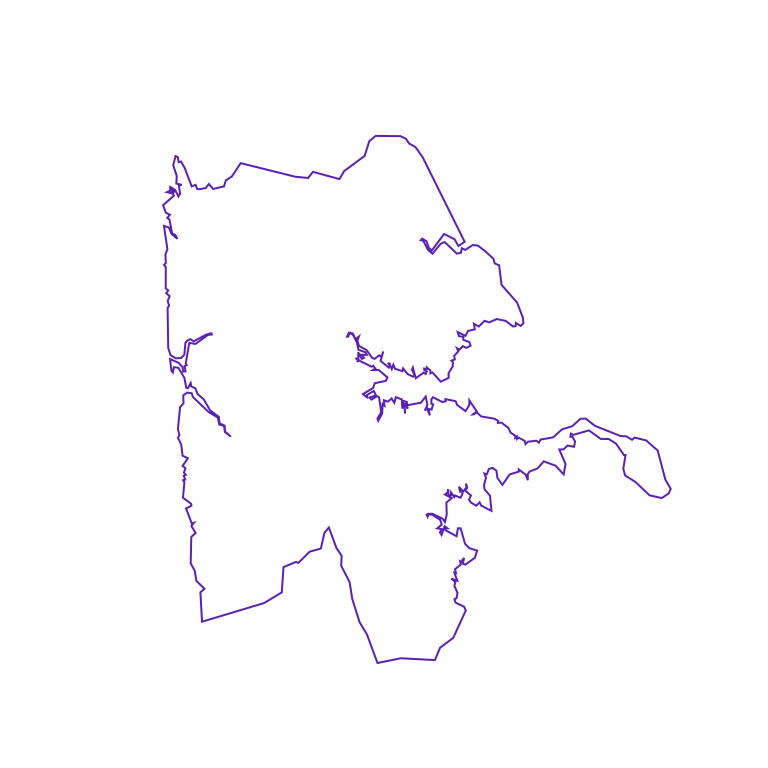 the district of Chake Chake, Kusini-Pemba, United Republic of Tanzania, rotated 163°
{"feature_id": "72390352B74660811526984", "entity_name": "Chake Chake", "entity_type": "district", "adm_level": 2, "iso_a3": "TZA", "parent_name": "United Republic of Tanzania", "parent_adm1": "Kusini-Pemba", "projection": "equal_earth", "projection_center": [39.751, -5.247], "detail": "fine", "context": "isolated", "style": "outline", "palette": "violet", "viewbox_px": 768, "rotation_deg": 163, "n_neighbors": 0, "source": "geoboundaries", "source_scale": "gbopen_adm2", "svg_char_len": 6166}
<svg xmlns="http://www.w3.org/2000/svg" viewBox="0 0 768 768"><g transform="rotate(163 384 384)"><path d="M372.0,143.5L372.5,147.6L379.5,154.0L379.5,157.6L377.3,157.9L374.8,162.7L375.7,170.5L373.6,173.9L376.6,178.2L371.4,174.5L371.9,183.0L370.4,182.0L370.3,186.1L363.4,188.9L363.0,192.4L361.0,190.7L360.5,192.8L358.3,194.2L361.1,189.1L358.9,187.5L348.0,191.2L343.6,197.4L350.3,202.0L353.2,207.5L352.9,223.5L355.5,224.4L359.1,217.2L367.8,226.0L367.9,227.9L365.5,227.4L367.6,230.2L373.1,222.8L373.9,225.9L370.9,228.2L375.3,230.4L369.9,232.6L370.0,237.7L376.2,245.0L379.7,246.3L381.1,244.3L381.4,246.5L379.7,247.0L375.5,245.6L367.3,238.0L366.1,234.2L362.2,240.8L359.0,252.4L352.6,255.1L358.0,260.5L354.5,262.0L353.7,264.8L354.7,259.2L352.3,257.9L351.7,260.9L349.8,255.4L348.7,256.6L344.1,252.9L340.9,256.1L340.9,258.8L342.7,258.8L342.4,263.8L339.7,258.1L335.5,260.8L334.7,264.9L334.7,260.5L337.5,258.3L333.4,252.0L336.5,248.5L335.7,245.4L331.3,240.6L327.2,242.9L326.5,239.2L318.3,231.2L315.3,246.3L318.6,253.7L318.0,257.9L313.8,264.8L314.2,269.0L312.1,267.6L308.6,272.0L304.9,272.1L301.8,268.3L303.0,261.1L300.3,252.9L290.3,260.8L280.7,260.8L280.1,262.9L275.0,255.8L274.6,249.9L272.9,255.8L270.4,257.7L261.8,258.4L253.8,263.3L243.9,255.8L238.6,245.0L233.8,254.4L235.5,270.1L231.3,269.0L226.5,271.5L220.6,268.4L218.1,273.1L219.2,278.2L221.2,279.1L219.7,281.9L218.1,280.0L201.6,279.7L192.8,268.1L185.2,265.7L179.6,259.3L175.3,245.9L173.8,245.5L180.0,232.8L180.1,226.0L172.2,216.8L162.6,199.9L151.7,193.7L143.7,196.1L140.5,199.9L142.9,210.5L141.7,240.3L149.8,253.4L160.0,259.5L163.1,258.1L167.6,263.1L172.9,265.0L194.5,282.3L201.3,292.0L206.3,293.3L216.3,288.6L227.0,288.6L237.9,283.5L250.4,285.1L253.0,282.6L255.0,285.3L263.3,286.7L266.2,285.1L266.1,288.5L270.9,293.3L272.9,292.5L272.3,294.9L274.3,294.2L273.4,296.0L277.1,300.4L277.9,305.7L283.0,312.8L286.5,313.5L285.7,315.4L288.6,318.5L300.7,324.7L303.6,329.9L306.8,328.7L307.8,328.9L303.3,330.7L307.2,343.4L308.6,338.9L314.0,334.2L320.2,342.6L320.5,346.6L329.7,351.6L330.1,349.4L333.4,349.6L341.0,357.0L343.1,355.6L344.5,351.4L343.0,350.1L346.0,345.6L348.6,347.1L349.4,340.6L349.8,348.0L352.7,346.7L348.6,351.4L347.8,359.8L354.2,355.3L367.9,356.9L368.8,353.3L368.9,356.6L370.6,356.9L372.5,349.6L370.5,359.3L367.9,358.0L367.4,360.2L370.6,362.3L373.7,355.0L371.5,364.1L376.5,367.9L379.7,363.0L381.0,368.0L385.3,365.9L388.8,368.5L389.9,363.2L391.1,365.3L394.4,356.3L400.3,350.5L400.4,352.8L394.9,357.8L392.6,372.8L394.2,374.4L400.5,372.7L402.0,375.3L395.0,375.5L395.8,380.4L403.3,378.5L404.2,376.3L407.1,380.5L395.6,383.4L392.6,387.4L381.2,386.5L378.8,389.3L385.0,399.0L390.6,400.6L387.8,401.4L389.0,404.6L391.0,404.3L400.7,413.6L403.3,413.2L401.6,414.5L403.8,417.1L401.3,415.0L399.4,421.9L398.0,414.6L395.5,414.8L396.7,418.5L391.9,416.9L392.4,419.7L398.4,424.2L397.7,431.5L399.4,440.5L402.1,442.7L404.3,439.8L405.5,440.1L402.4,443.4L399.0,441.4L398.2,435.0L394.2,436.7L396.8,433.3L396.8,427.7L390.7,421.5L387.8,412.6L385.7,410.8L380.1,412.8L378.6,410.5L375.2,415.4L380.5,407.0L374.6,398.3L372.9,400.7L374.3,402.9L372.7,402.0L372.2,396.1L369.4,399.8L369.0,395.3L362.6,390.9L361.2,393.4L358.5,386.6L354.1,382.5L352.1,383.2L353.1,389.6L351.6,391.3L351.9,380.2L342.9,383.3L341.2,381.4L339.5,383.4L341.4,385.5L341.1,387.0L338.6,385.7L338.2,387.3L335.7,383.5L336.5,380.6L334.3,380.9L329.0,369.6L320.3,371.0L319.2,375.3L313.3,380.6L311.7,384.6L312.7,386.6L309.1,386.8L308.7,390.4L303.4,393.5L303.7,396.8L302.0,394.7L297.4,397.1L294.8,394.5L290.0,395.3L290.1,399.1L295.2,403.0L294.4,405.8L298.4,408.0L298.3,412.1L292.0,406.2L288.1,410.2L281.2,409.7L280.4,415.4L276.6,411.2L269.3,415.0L265.5,412.2L257.1,413.1L249.2,408.8L243.7,401.2L241.0,401.0L240.0,403.8L236.4,399.6L233.0,401.2L231.8,406.8L232.9,422.9L242.6,444.4L239.2,463.8L242.9,467.0L242.7,471.7L248.4,481.4L253.8,489.0L258.5,490.9L267.1,488.5L269.9,491.1L272.1,486.9L276.2,487.4L284.5,502.0L288.9,501.5L299.5,494.4L302.8,499.6L304.5,509.3L306.8,510.8L304.9,511.8L301.6,508.1L301.3,501.2L299.2,497.7L282.7,509.9L274.2,501.8L272.5,494.2L265.3,496.4L280.7,589.4L284.6,601.3L289.7,606.7L291.3,612.1L295.8,616.2L319.5,623.7L327.2,620.4L335.8,607.8L359.8,599.3L366.7,593.0L389.9,607.6L396.4,603.2L408.5,608.3L456.5,637.1L468.9,626.9L475.7,625.0L479.3,619.7L490.4,620.5L493.0,626.5L497.1,623.5L503.2,624.2L505.6,625.0L506.0,629.6L510.1,629.2L511.5,649.4L513.1,656.1L515.5,656.1L514.8,661.3L516.7,662.9L521.6,654.8L521.4,643.4L524.0,636.4L519.2,633.6L522.1,633.8L523.4,625.5L525.7,623.5L527.0,630.5L530.7,634.9L531.5,633.3L527.7,630.1L529.3,628.6L531.8,631.5L535.5,630.9L530.2,627.8L529.9,625.5L543.0,619.6L542.5,611.5L539.2,608.5L542.7,606.2L541.1,604.0L542.6,590.1L539.9,587.2L539.1,583.3L543.3,589.7L544.0,596.6L548.2,599.5L551.7,576.4L555.2,571.7L557.2,563.6L559.6,562.2L558.5,559.6L564.8,539.2L563.0,536.6L565.7,534.5L563.3,530.7L566.6,526.6L566.6,521.8L568.7,520.0L579.8,481.6L579.7,474.0L575.7,469.5L570.4,468.1L566.3,470.5L561.9,481.4L559.0,483.2L556.0,483.4L553.4,480.4L539.8,483.2L535.1,483.1L534.2,482.8L534.1,481.7L538.1,482.4L552.6,477.4L558.2,480.2L567.7,461.4L567.2,459.7L569.5,459.4L570.1,454.1L572.4,454.6L571.7,459.0L574.3,464.4L581.3,470.4L583.4,458.5L582.6,456.7L579.9,461.5L575.9,459.6L573.1,448.2L574.2,438.2L572.8,437.3L568.6,441.4L569.0,438.0L565.6,434.9L565.3,429.1L560.9,422.1L558.0,409.7L551.6,400.8L552.8,394.4L548.6,390.8L549.9,385.0L545.8,378.4L550.2,384.6L549.2,390.7L553.4,393.4L552.7,400.5L560.0,408.6L570.5,427.4L570.6,431.4L574.7,433.3L579.3,431.8L581.4,424.1L585.8,421.4L594.2,401.3L594.6,394.9L596.8,392.8L595.6,385.5L597.6,374.3L593.2,370.4L600.5,364.6L598.5,361.5L601.3,357.7L600.1,355.1L602.4,354.7L602.0,350.7L604.2,350.7L603.6,348.4L609.5,334.0L603.5,325.9L603.7,323.9L609.7,322.8L608.6,306.9L606.3,306.9L609.7,304.5L607.7,296.6L613.0,294.1L621.3,269.0L619.6,260.8L621.0,250.7L615.6,240.6L620.5,238.4L627.5,209.9L562.6,209.6L542.7,214.6L533.6,238.3L520.2,239.6L518.3,237.9L504.1,245.4L492.5,245.1L484.4,259.2L478.7,262.9L477.4,240.8L474.7,232.1L478.1,222.8L474.8,204.7L477.2,187.7L477.0,163.4L473.5,149.3L471.8,119.1L448.1,116.8L416.0,105.1L407.5,115.4L392.0,121.0L372.0,143.5Z" fill="none" stroke="#5b21b6" stroke-width="2"/></g></svg>